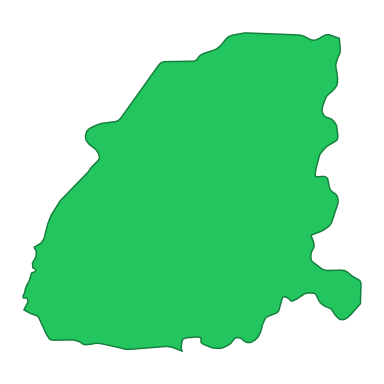 the border of Eastern
{"feature_id": "GHA-2161", "entity_name": "Eastern", "entity_type": "Region", "adm_level": 1, "iso_a3": "GHA", "parent_name": "Ghana", "parent_adm1": "", "projection": "orthographic", "projection_center": [-0.365, 6.459], "detail": "fine", "context": "isolated", "style": "filled", "palette": "green", "viewbox_px": 384, "rotation_deg": 0, "n_neighbors": 0, "source": "natural_earth", "source_scale": "10m", "svg_char_len": 3976}
<svg xmlns="http://www.w3.org/2000/svg" viewBox="0 0 384 384"><path d="M24.3,298.1L23.5,298.0L23.1,297.4L23.0,296.5L23.3,295.5L24.7,292.6L24.9,291.4L25.1,289.8L26.8,285.2L28.6,282.2L29.2,280.8L30.7,276.0L31.0,274.7L31.3,273.5L32.1,272.7L34.7,271.9L35.5,271.2L35.6,269.8L35.1,269.0L34.2,268.3L33.2,268.1L32.7,267.4L32.9,265.3L32.5,264.4L32.4,263.4L32.9,262.2L35.4,258.1L35.9,256.4L36.3,253.7L36.3,252.4L36.2,251.2L35.8,250.1L35.2,249.2L34.6,248.4L34.2,247.7L34.7,246.8L39.5,244.1L41.2,242.8L42.0,241.8L43.0,240.4L44.2,238.0L44.7,236.4L45.3,233.4L47.8,223.9L51.1,215.3L60.3,200.7L88.3,171.8L89.4,170.3L89.9,169.4L91.1,167.6L97.1,161.6L98.5,159.9L99.3,158.5L99.4,157.7L99.3,156.6L98.7,154.3L97.8,152.3L96.6,150.5L95.9,149.7L95.2,149.0L90.1,145.1L88.6,143.6L87.3,141.9L86.2,140.1L85.8,139.0L85.6,137.8L85.5,136.6L85.6,135.3L86.2,132.9L87.1,130.8L88.5,129.4L90.6,127.9L95.9,125.4L100.6,123.6L116.1,121.5L117.2,121.1L118.6,120.2L120.4,118.7L159.1,64.5L161.6,62.4L164.8,61.7L193.6,61.2L195.7,60.6L198.0,58.0L198.7,56.9L200.2,55.4L201.8,54.4L204.2,53.3L214.9,49.8L217.5,48.2L220.1,46.0L221.5,44.6L225.8,39.2L227.3,37.8L228.9,36.5L232.8,35.1L245.1,32.9L299.6,35.0L302.0,35.6L304.1,36.4L308.9,38.8L311.4,39.9L313.2,40.2L314.7,40.2L315.9,39.9L319.0,38.6L322.9,36.2L326.2,34.8L327.7,34.7L329.2,34.8L339.3,38.3L340.3,50.0L339.7,53.8L339.2,54.7L337.5,58.4L336.2,62.8L335.8,65.2L335.8,67.0L336.1,68.1L337.0,73.2L337.6,79.3L337.4,82.7L337.0,85.0L336.4,86.1L334.6,88.7L331.6,91.7L330.8,92.3L326.9,95.9L325.9,97.7L324.8,100.2L322.8,105.9L322.2,108.7L322.0,110.8L322.7,113.1L323.7,115.1L324.4,115.9L325.2,116.6L326.1,117.1L329.4,118.3L331.5,119.2L333.1,120.5L334.5,122.1L335.7,123.9L336.6,126.0L337.8,135.3L337.7,137.7L337.3,139.5L336.7,140.3L335.9,141.0L327.4,146.0L326.6,146.6L323.7,149.6L323.0,150.5L322.3,151.2L321.7,152.1L321.0,152.9L320.3,153.7L319.3,156.2L315.9,169.0L315.3,173.0L315.2,175.7L315.8,176.5L316.9,176.8L323.3,176.4L324.4,176.6L325.4,176.9L326.4,177.5L327.1,178.2L327.7,179.2L328.3,181.5L329.2,186.5L329.5,187.7L329.9,188.7L331.0,190.6L332.5,192.0L335.3,193.8L336.2,194.8L337.2,196.2L338.0,199.3L338.1,201.2L338.0,203.0L331.8,222.0L331.3,223.0L330.1,224.8L329.4,225.6L328.7,226.4L325.3,228.9L321.6,231.1L312.0,234.8L311.0,236.0L312.2,238.3L313.7,242.5L314.1,246.3L313.1,249.0L311.5,251.9L310.8,255.7L311.0,259.4L312.3,261.7L322.5,269.4L326.4,270.5L341.2,270.2L344.9,270.7L347.7,272.3L352.2,276.1L359.8,280.5L360.6,282.0L361.0,283.8L360.4,303.7L351.1,314.3L347.8,317.4L344.9,319.2L343.7,319.6L342.0,319.7L340.7,319.5L339.5,319.1L338.6,318.5L336.4,316.3L335.0,314.8L332.2,310.4L331.5,309.5L330.5,308.6L324.6,306.0L323.7,305.5L321.9,304.2L320.4,302.8L319.2,301.1L316.3,295.1L315.5,294.1L314.1,293.3L311.3,293.0L308.3,293.0L305.8,293.5L304.2,294.0L296.4,299.3L293.9,300.5L292.2,301.0L291.5,301.1L290.7,300.8L289.3,299.1L288.2,298.3L286.8,297.5L284.5,296.7L283.2,296.9L282.4,297.7L278.9,310.4L278.0,311.7L276.4,313.0L267.3,316.7L266.1,317.5L265.3,318.5L262.9,323.5L260.6,331.9L258.5,336.1L258.0,337.0L257.3,337.8L256.2,338.9L254.7,340.2L251.7,342.0L249.7,342.5L248.0,342.6L245.7,341.9L243.9,340.8L243.1,340.1L242.3,339.3L241.2,338.5L239.8,337.9L237.3,337.5L235.9,337.9L234.8,338.4L230.7,343.4L229.4,344.4L227.6,345.5L223.9,347.3L221.8,348.0L220.0,348.4L214.6,348.2L212.4,347.9L208.5,346.4L207.5,345.9L204.2,344.7L202.2,343.5L201.4,342.8L201.0,341.8L201.0,338.1L199.7,337.2L197.2,336.9L187.9,337.7L185.8,338.0L183.9,338.7L183.4,338.9L182.8,339.4L182.5,340.1L182.2,340.7L181.3,345.5L181.3,347.3L181.4,348.5L181.6,349.5L182.0,351.1L172.3,347.3L166.6,346.4L130.1,349.3L125.5,349.3L123.0,348.7L121.9,348.2L100.9,343.6L96.7,343.2L94.3,343.5L91.6,344.1L86.3,344.7L84.3,344.5L82.9,344.1L80.8,342.5L79.1,341.6L75.9,340.5L73.9,340.1L72.4,339.9L53.7,340.2L51.8,340.0L50.4,339.6L49.9,339.2L48.7,338.0L45.6,332.6L38.9,317.9L38.3,316.9L37.3,316.0L31.0,313.7L23.9,309.9L27.8,302.2L27.7,299.3L27.1,298.5L26.3,298.0L25.2,297.9L24.3,298.1Z" fill="#22c55e" stroke="#15803d" stroke-width="1.5"/></svg>